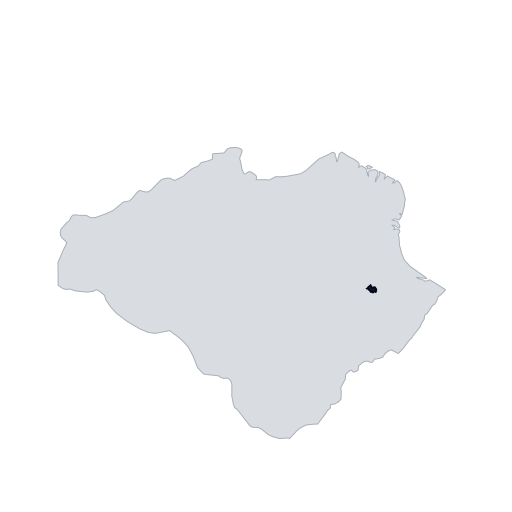 Obokun, Osun, Nigeria shown in context, rotated 215°
{"feature_id": "59680162B29331014496737", "entity_name": "Obokun", "entity_type": "district", "adm_level": 2, "iso_a3": "NGA", "parent_name": "Nigeria", "parent_adm1": "Osun", "projection": "mercator", "projection_center": [4.764, 7.778], "detail": "fine", "context": "in_parent", "style": "filled", "palette": "ink", "viewbox_px": 512, "rotation_deg": 215, "n_neighbors": 0, "source": "geoboundaries", "source_scale": "gbopen_adm2", "svg_char_len": 4765}
<svg xmlns="http://www.w3.org/2000/svg" viewBox="0 0 512 512"><g transform="rotate(215 256 256)"><path d="M401.2,118.4L414.6,137.3L417.4,151.3L418.5,158.2L420.7,159.0L424.9,159.4L427.9,160.7L429.8,163.0L430.9,165.2L431.1,166.4L430.2,174.8L429.2,177.8L429.8,181.9L429.6,183.7L429.1,184.9L427.3,186.3L424.7,187.6L418.7,191.6L416.9,192.2L414.4,192.3L412.2,193.3L409.6,195.4L403.9,203.4L399.1,211.4L395.5,224.3L391.3,228.4L390.5,232.0L389.9,240.0L389.2,242.4L388.5,243.1L384.0,244.7L381.3,246.5L379.7,250.2L377.7,262.6L377.0,264.6L375.5,266.7L373.2,269.0L371.2,270.3L365.9,271.2L360.9,280.5L360.8,282.1L358.6,290.5L354.8,296.9L354.5,301.0L349.7,306.6L347.2,310.4L349.8,314.3L350.0,315.0L341.7,321.7L341.2,322.7L340.9,327.4L340.2,328.6L338.7,330.3L336.5,332.2L334.3,333.6L331.7,334.7L329.2,335.0L327.9,334.4L327.1,333.0L325.7,327.3L325.0,326.1L323.4,325.0L317.0,318.8L313.2,316.6L312.4,316.7L311.7,317.3L310.6,320.5L309.5,321.6L307.5,322.0L304.0,322.1L301.4,321.6L300.8,321.0L299.6,318.5L291.7,324.2L288.9,325.5L285.4,332.2L280.5,335.6L277.0,338.5L267.8,347.7L266.0,350.4L264.2,354.4L260.2,371.6L253.9,382.3L253.0,384.6L252.7,384.5L251.8,385.5L249.4,384.9L248.3,382.9L246.8,382.6L244.2,379.6L243.6,380.1L246.4,387.5L245.3,390.4L237.6,390.5L230.9,391.5L226.3,391.4L224.0,390.3L223.0,387.6L222.6,387.8L222.4,389.3L220.9,390.5L215.8,390.7L213.5,388.8L211.6,386.7L209.7,385.8L210.0,386.7L212.2,388.7L211.9,391.7L207.8,395.1L205.2,395.3L203.5,393.9L202.7,391.4L202.3,387.9L201.2,385.5L200.6,385.5L201.3,389.4L201.3,393.0L203.3,395.9L200.3,396.7L196.6,396.8L196.2,395.8L195.7,393.4L195.1,392.8L194.3,396.8L186.9,397.9L185.8,397.7L185.6,397.0L186.2,395.9L186.0,394.1L184.4,395.5L184.1,398.2L183.2,398.7L180.3,398.3L177.2,396.9L172.2,393.4L166.0,387.8L165.0,385.3L163.2,382.2L160.0,373.6L160.6,373.2L162.0,373.7L162.7,372.9L160.1,372.3L159.6,371.7L159.4,369.8L159.5,367.5L163.4,366.3L164.4,364.9L164.9,363.4L160.1,365.6L155.6,363.2L154.6,361.7L155.1,360.6L160.3,360.5L162.1,359.4L161.0,359.0L159.0,359.1L158.3,358.3L158.4,356.6L157.7,357.0L156.9,358.5L153.8,359.7L152.1,358.5L151.9,356.0L151.5,354.8L150.0,353.9L144.7,347.2L138.0,341.5L132.1,337.7L123.1,335.8L104.4,335.9L103.3,335.3L104.5,334.5L106.1,333.9L112.1,330.7L111.1,330.3L104.9,332.3L102.7,332.5L99.9,336.2L81.5,337.1L81.5,335.3L82.3,330.4L83.5,326.9L82.2,322.8L81.9,319.0L82.7,317.8L83.0,316.4L82.8,306.7L83.8,305.3L83.8,304.3L81.9,300.2L81.9,297.0L81.5,294.0L80.9,292.6L81.6,280.8L81.4,277.8L82.0,275.7L82.3,270.6L82.3,265.6L83.5,257.7L91.4,256.7L93.3,253.6L94.4,249.7L94.1,245.8L96.6,242.4L99.8,239.4L99.6,236.0L100.5,235.0L102.0,234.3L104.1,233.9L106.4,232.2L107.8,229.3L109.0,224.7L107.0,221.5L107.0,220.7L107.8,219.0L109.1,217.3L110.0,216.7L112.3,217.2L113.1,216.5L114.6,211.3L114.4,210.0L112.3,206.5L111.1,197.2L110.5,196.0L108.8,194.3L104.4,187.8L104.5,184.7L106.3,180.7L107.6,178.8L109.3,177.7L109.6,176.8L109.1,175.7L108.2,174.9L108.0,173.1L108.9,170.6L108.6,167.8L109.1,153.8L112.7,151.0L117.9,146.4L120.6,141.6L122.0,138.0L123.8,125.9L126.5,124.5L131.8,120.1L138.9,117.5L143.6,116.7L151.7,117.3L155.8,116.8L159.4,114.4L160.9,113.7L163.2,113.3L183.5,119.6L185.3,119.4L186.9,119.8L189.4,121.5L195.4,127.3L201.7,136.4L203.6,138.3L205.6,139.4L207.6,139.8L209.1,139.6L210.5,138.8L212.5,137.0L215.5,136.3L217.9,136.4L230.5,129.5L231.8,129.4L239.5,130.9L250.1,137.9L258.8,142.4L264.8,143.9L272.0,145.0L284.1,145.3L293.3,135.6L296.7,133.4L300.8,131.5L309.4,129.7L323.5,128.5L336.8,129.0L345.1,130.7L353.8,133.9L357.5,136.9L363.4,137.4L367.6,136.8L369.0,133.8L373.3,129.8L379.6,126.1L384.8,123.5L389.1,122.4L392.9,119.4L395.9,118.5L401.2,118.4ZM216.2,394.5L213.4,395.4L211.5,395.2L214.1,391.3L215.4,392.2L217.0,392.5L216.2,394.5Z" fill="#d9dde1" stroke="#a8b0b8" stroke-width="1"/><path d="M141.4,298.3L141.3,297.9L142.1,297.5L142.0,296.7L142.5,296.6L142.9,296.6L143.6,297.0L145.4,298.0L145.5,298.0L145.5,297.9L145.6,297.4L145.6,297.2L145.6,296.8L145.7,296.7L145.8,296.5L145.9,296.2L146.1,295.8L146.2,295.3L146.3,295.0L146.3,294.9L146.3,294.7L146.3,294.4L146.3,294.1L146.1,293.9L146.1,293.5L146.1,293.3L146.3,293.1L146.5,292.9L146.0,292.8L145.7,293.1L145.4,293.3L145.1,293.4L144.8,293.5L144.5,293.1L144.2,292.9L143.4,293.3L143.0,292.8L142.7,292.8L142.0,292.9L141.8,292.4L141.3,292.2L141.0,292.4L140.8,292.6L140.7,292.6L140.5,292.8L140.6,293.0L140.4,293.2L140.5,293.6L140.0,293.6L139.8,293.2L139.2,293.0L138.9,293.5L139.0,293.9L138.8,294.3L138.9,294.7L138.8,295.0L138.2,295.0L138.1,294.8L137.3,295.1L137.2,295.1L137.3,295.5L137.2,295.7L137.3,296.2L137.4,296.4L137.5,296.4L138.0,296.5L138.4,296.6L138.1,297.5L138.4,297.6L138.5,297.7L138.9,298.1L139.0,298.0L139.4,298.2L139.5,298.2L139.9,298.2L140.3,298.6L140.5,298.4L140.8,298.5L141.0,298.6L141.4,298.3Z" fill="#0f172a" stroke="#020617" stroke-width="1.5"/></g></svg>